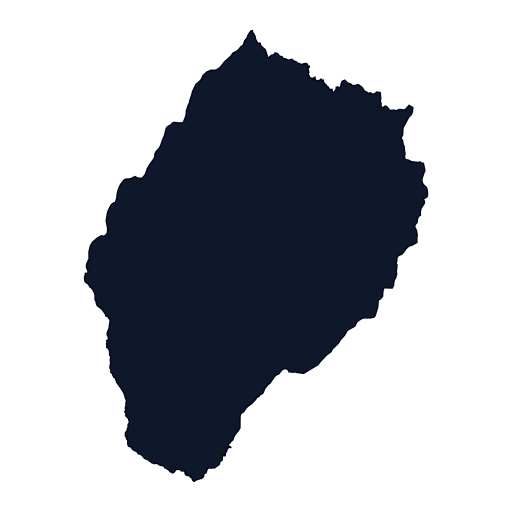 outline of Medina, Cundinamarca, Colombia
{"feature_id": "7082276B34951383474081", "entity_name": "Medina", "entity_type": "district", "adm_level": 2, "iso_a3": "COL", "parent_name": "Colombia", "parent_adm1": "Cundinamarca", "projection": "equal_earth", "projection_center": [-73.418, 4.478], "detail": "fine", "context": "isolated", "style": "filled", "palette": "ink", "viewbox_px": 512, "rotation_deg": 0, "n_neighbors": 0, "source": "geoboundaries", "source_scale": "gbopen_adm2", "svg_char_len": 5959}
<svg xmlns="http://www.w3.org/2000/svg" viewBox="0 0 512 512"><path d="M380.1,92.5L377.7,92.4L376.7,92.0L375.3,93.5L372.7,94.4L370.3,92.8L368.1,93.5L366.8,92.2L364.7,91.4L362.0,87.4L358.9,85.0L357.5,84.6L356.6,85.2L352.6,85.8L350.6,84.0L347.5,83.0L344.8,80.2L342.1,81.4L342.0,82.4L341.1,84.0L340.9,86.3L339.7,87.8L339.1,88.0L337.8,86.9L336.3,87.4L336.0,89.8L333.7,92.4L332.9,92.5L332.3,92.0L332.0,89.4L329.4,89.5L328.1,87.0L326.9,86.3L326.0,84.9L323.8,82.9L323.2,80.2L322.0,80.7L321.5,79.3L320.6,79.3L319.9,80.6L319.0,80.4L317.1,81.3L316.7,80.5L315.4,80.4L314.9,77.3L314.2,77.7L313.1,79.5L312.5,78.3L310.4,78.1L309.2,76.6L309.0,75.6L308.5,75.4L308.3,73.9L307.9,73.2L308.8,72.6L308.2,69.6L308.2,67.4L309.3,67.1L309.4,66.5L308.9,66.1L307.7,66.1L307.3,64.4L306.5,63.5L304.0,63.6L303.6,64.5L303.0,64.2L301.4,64.5L298.7,63.4L297.8,63.5L296.0,61.6L293.8,61.1L291.9,59.3L288.2,60.2L285.3,58.8L283.1,58.4L282.4,57.7L282.1,56.8L279.6,56.2L277.5,53.6L275.4,53.0L274.9,53.1L273.8,54.9L271.2,55.4L269.2,57.4L267.9,57.9L265.2,49.7L260.8,45.8L260.2,43.5L259.7,43.1L258.8,43.4L257.7,43.2L255.1,38.3L255.1,36.4L254.3,35.2L253.9,33.8L252.5,32.5L252.4,30.7L250.7,31.1L247.9,35.5L247.0,38.2L244.8,40.6L243.6,44.3L242.7,45.7L240.7,46.9L239.4,48.8L236.9,51.2L233.0,53.1L230.6,56.5L224.7,61.7L220.6,66.9L219.0,68.4L215.6,70.3L210.9,70.3L206.9,72.0L203.2,75.4L201.3,79.5L200.2,80.8L195.9,84.5L192.5,91.8L191.8,94.9L189.8,100.7L189.5,102.9L188.5,104.7L186.5,110.3L186.1,115.5L183.5,122.1L182.2,122.9L179.3,123.0L173.7,122.4L172.2,123.4L171.1,124.7L167.8,126.6L166.8,127.6L166.1,129.0L164.5,135.6L162.5,140.1L160.7,145.6L159.1,148.5L156.0,151.7L154.9,154.2L154.8,156.9L153.9,158.9L149.8,164.5L147.2,168.9L145.7,173.8L144.3,175.8L142.2,178.2L137.8,178.2L134.9,176.6L130.7,178.8L125.6,179.2L124.3,179.8L121.2,183.6L119.8,186.0L118.1,190.1L117.3,193.6L116.9,197.6L115.7,201.7L115.0,202.8L113.9,202.8L111.5,204.5L109.6,207.8L107.6,212.3L106.3,220.1L106.3,221.4L107.6,227.8L107.6,232.6L105.9,235.0L104.3,236.2L101.2,235.9L97.4,238.0L92.6,242.2L90.5,245.6L89.0,251.8L89.1,259.0L87.1,263.1L86.4,265.7L86.6,267.8L88.0,270.8L88.1,272.6L87.1,273.4L85.4,273.4L85.4,275.1L84.8,276.1L84.5,277.7L84.7,279.9L85.2,281.8L88.0,283.8L89.2,285.3L89.8,286.7L92.0,288.4L94.4,292.6L95.1,294.9L95.1,299.6L96.1,301.6L96.5,303.9L97.4,305.7L101.9,309.1L105.4,314.0L105.8,315.8L106.3,316.2L107.9,316.3L108.4,317.9L109.5,318.8L110.2,320.5L109.0,328.8L107.6,331.7L107.1,334.4L108.0,336.3L108.6,338.9L107.9,340.6L107.0,340.4L106.7,340.7L107.2,341.9L106.6,343.4L106.9,345.9L106.7,347.1L107.0,347.6L107.7,347.5L109.4,350.4L109.7,352.4L109.5,354.9L109.7,355.3L110.6,355.5L110.6,358.0L110.3,359.4L110.7,363.6L110.1,365.6L110.0,368.1L111.1,370.1L110.8,372.3L112.7,373.8L112.9,375.3L113.9,377.2L115.1,377.6L115.9,380.2L116.7,380.9L116.6,382.1L121.1,388.4L123.7,392.6L125.0,395.9L125.3,397.7L126.3,399.9L126.4,401.7L125.9,403.2L126.2,404.9L125.3,407.9L125.9,410.4L125.0,411.2L124.9,412.0L125.9,412.9L125.9,416.0L126.8,416.5L127.6,417.9L128.7,418.3L128.8,420.0L129.6,422.2L128.2,424.4L128.0,427.9L127.2,429.1L127.5,430.9L126.4,431.4L125.3,433.3L125.6,434.3L125.3,435.3L125.6,436.5L126.8,437.3L126.5,438.8L127.0,439.1L127.9,440.7L127.7,443.2L128.3,445.8L129.9,446.8L131.2,446.8L132.5,449.3L134.9,450.8L136.7,451.3L138.3,453.7L139.9,454.0L141.7,455.0L144.7,458.4L148.6,460.0L149.8,461.4L151.0,461.7L151.5,462.6L154.7,463.6L157.1,463.2L158.7,464.5L161.0,465.5L163.3,465.5L165.0,467.9L165.7,467.9L167.2,469.1L168.5,469.5L170.3,471.8L171.7,472.2L172.5,472.9L174.0,472.3L176.0,469.4L179.6,469.4L180.5,469.8L181.4,470.9L183.8,470.8L185.2,472.3L185.1,473.6L185.9,474.9L187.8,475.6L189.5,475.6L190.5,477.2L191.3,477.4L191.9,478.0L192.8,480.2L193.8,481.2L194.2,481.3L196.1,480.0L200.7,478.4L201.6,478.5L202.4,477.5L203.2,477.1L203.6,476.1L203.7,474.7L204.4,473.3L206.0,472.8L207.0,469.6L208.0,468.1L210.5,467.8L211.8,468.2L213.0,467.5L214.2,468.0L218.8,464.8L219.5,463.7L219.8,461.6L222.1,460.1L222.4,456.3L223.3,455.4L224.2,455.8L225.1,455.6L225.4,452.9L226.5,451.4L227.1,449.1L227.8,448.2L228.6,447.5L230.6,447.4L230.3,446.8L228.7,446.2L228.0,444.6L230.4,442.4L230.8,441.5L232.9,439.8L233.4,437.8L234.7,435.1L236.6,432.5L237.8,431.4L239.9,427.9L240.0,416.8L240.4,414.4L240.9,413.5L243.6,411.7L246.2,407.9L247.7,406.4L251.5,403.7L253.8,401.3L255.7,399.3L256.6,397.3L258.3,396.9L259.4,395.7L259.5,395.1L262.4,393.5L263.1,392.6L264.7,388.6L267.6,384.9L269.9,383.2L274.5,376.5L276.1,375.0L278.7,373.9L281.8,369.9L284.2,368.7L285.6,368.6L287.4,369.1L288.8,370.8L289.1,371.9L290.6,371.6L292.1,372.2L295.7,371.9L296.7,372.4L303.6,373.3L317.8,364.7L320.5,361.3L326.6,354.9L331.0,351.6L332.4,348.9L338.2,343.3L340.5,339.5L344.4,335.4L347.3,330.3L354.9,326.0L357.0,321.6L362.0,318.3L364.4,317.8L370.4,317.9L374.2,316.9L375.2,315.4L377.7,307.0L378.2,300.2L378.3,299.8L380.0,299.2L382.5,296.4L382.9,290.8L383.9,287.7L392.2,288.0L393.5,285.3L394.0,280.6L395.4,278.2L396.7,273.9L396.2,271.8L397.0,265.1L396.1,263.4L396.2,262.7L396.7,261.2L396.9,257.9L397.4,257.0L398.2,255.7L401.8,254.1L404.2,251.5L405.7,249.0L407.9,246.9L409.8,245.7L411.8,245.3L416.9,242.4L416.8,237.9L417.2,235.0L416.4,230.4L414.6,227.0L414.7,226.3L415.4,224.2L417.0,222.5L417.6,218.0L419.0,216.0L420.3,215.2L420.4,211.0L421.2,207.9L424.4,203.2L424.4,201.4L423.6,199.7L423.7,198.6L426.6,197.2L427.3,196.0L427.5,193.9L427.1,189.7L426.4,187.5L423.6,184.9L422.3,182.9L421.9,181.3L421.8,179.8L422.5,177.0L423.9,172.8L424.7,171.3L424.7,169.8L423.4,163.4L420.9,163.0L420.2,162.0L417.7,162.5L411.4,161.7L408.5,160.2L405.1,159.4L404.4,156.7L405.0,153.6L404.3,150.0L404.1,146.3L403.2,144.9L402.5,140.4L401.7,139.4L401.1,137.6L402.6,134.8L402.9,127.9L408.7,117.2L411.5,114.3L412.4,111.7L412.8,107.7L409.1,105.4L405.5,109.4L404.4,110.1L400.0,109.4L395.9,110.8L394.2,110.1L390.3,110.5L389.2,109.8L387.1,107.0L385.7,106.1L384.5,106.4L382.9,107.9L382.3,107.8L381.6,107.2L381.0,106.0L381.0,103.5L380.3,101.0L380.7,98.3L380.1,92.5Z" fill="#0f172a" stroke="#020617" stroke-width="1.5"/></svg>